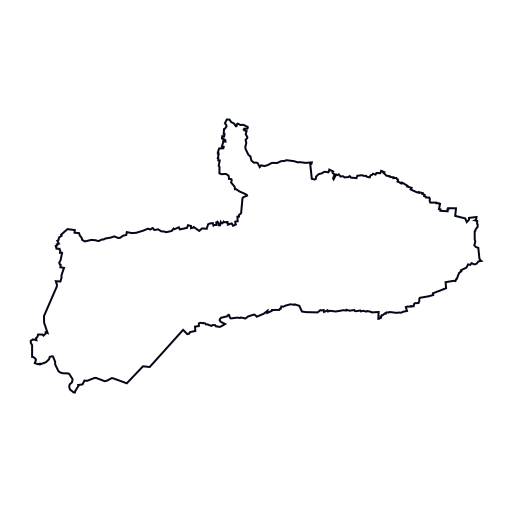 outline of Song Phi Nong, Suphan Buri, Thailand
{"feature_id": "78962969B33377664551397", "entity_name": "Song Phi Nong", "entity_type": "district", "adm_level": 2, "iso_a3": "THA", "parent_name": "Thailand", "parent_adm1": "Suphan Buri", "projection": "orthographic", "projection_center": [99.994, 14.203], "detail": "fine", "context": "isolated", "style": "outline", "palette": "ink", "viewbox_px": 512, "rotation_deg": 0, "n_neighbors": 0, "source": "geoboundaries", "source_scale": "gbopen_adm2", "svg_char_len": 6036}
<svg xmlns="http://www.w3.org/2000/svg" viewBox="0 0 512 512"><path d="M456.7,279.0L459.1,272.9L461.3,271.3L460.9,270.3L466.4,267.6L468.1,264.4L470.2,264.9L471.7,263.1L473.8,264.3L475.0,264.3L476.7,263.6L478.4,261.4L481.3,260.9L480.2,260.0L479.4,258.4L478.3,247.9L475.7,246.9L474.3,245.2L475.3,241.7L474.7,239.1L474.7,231.2L475.4,230.8L475.6,229.4L477.6,226.9L477.7,224.5L477.1,223.8L477.2,220.9L475.0,220.4L476.0,219.9L476.5,217.0L469.0,217.9L469.0,219.7L466.8,222.1L465.2,218.4L455.2,215.9L456.0,208.3L448.2,208.2L448.3,209.4L447.5,209.4L447.6,211.3L440.4,210.8L440.5,209.4L439.0,209.2L440.0,203.8L439.1,203.7L439.0,203.3L436.3,203.2L436.3,202.6L430.3,202.6L429.6,200.7L429.9,198.9L429.2,197.5L426.1,197.5L425.8,196.7L424.2,196.2L424.6,194.8L422.4,194.0L422.7,193.1L419.0,192.2L419.0,192.8L416.7,192.2L410.7,189.5L411.6,187.9L407.2,186.5L407.5,185.8L402.5,182.8L401.8,182.6L401.6,183.5L400.5,183.2L400.4,182.7L397.6,181.6L398.1,180.9L397.9,179.6L397.3,179.5L396.4,178.0L393.4,178.1L393.5,177.3L390.3,177.0L389.5,176.6L389.6,176.2L386.5,175.7L383.4,172.7L384.1,172.1L381.2,170.8L380.3,173.2L376.5,173.0L375.5,174.6L373.1,173.7L372.1,174.8L370.6,175.3L369.7,177.4L366.5,176.6L366.1,175.9L363.8,175.9L361.9,175.2L357.3,175.8L356.5,178.1L350.9,177.6L349.7,176.1L348.4,177.1L344.6,177.4L342.9,176.2L340.4,176.5L338.8,174.3L337.4,175.1L336.1,174.5L333.6,179.3L333.1,178.4L334.5,174.4L332.6,172.9L332.5,171.9L333.0,171.4L329.3,169.6L328.8,171.7L328.2,172.4L326.1,171.8L323.8,172.0L321.9,173.3L318.6,174.2L316.1,176.6L315.8,178.9L314.7,179.5L311.8,178.8L310.2,163.9L311.4,163.9L311.8,162.4L305.9,162.9L299.5,162.1L298.0,162.4L294.2,161.2L286.5,160.2L284.6,160.9L281.0,161.2L277.1,163.0L271.9,162.9L267.7,165.1L264.3,166.1L261.2,165.3L259.8,167.1L257.6,163.1L256.2,162.6L253.9,162.7L251.4,160.6L250.4,156.3L248.5,155.0L245.5,148.8L245.3,146.9L246.3,143.0L245.6,139.9L247.2,138.1L247.4,137.2L245.7,134.2L246.6,131.1L244.3,130.3L243.7,129.4L244.3,128.7L247.2,128.7L247.8,127.8L247.7,126.9L243.3,124.8L240.4,125.0L237.7,123.6L236.9,124.2L236.5,126.2L235.9,126.3L234.0,123.5L231.2,122.1L229.5,119.6L226.8,119.5L224.9,123.3L226.2,124.9L226.5,126.5L224.9,128.7L224.0,129.1L223.7,133.9L224.5,134.0L224.4,135.4L224.2,136.2L222.2,136.2L222.0,138.4L223.6,138.5L223.3,140.2L225.3,140.1L225.5,141.6L223.5,141.4L222.9,143.2L221.9,146.4L223.7,146.8L223.3,148.3L219.1,148.5L217.9,152.5L218.3,152.7L217.9,153.9L218.7,154.3L217.8,158.1L218.3,158.2L218.3,160.4L219.7,160.5L218.7,165.8L219.5,167.0L219.4,173.3L221.4,174.2L225.7,173.9L227.7,175.0L228.7,175.9L229.0,178.9L231.4,179.2L231.7,180.3L231.1,182.5L234.6,186.7L235.0,189.2L235.7,189.0L239.8,191.6L245.5,194.1L246.9,195.0L247.1,195.6L243.2,197.3L242.5,198.2L241.1,213.2L238.9,215.1L239.0,216.6L237.4,216.7L237.7,221.2L235.3,221.6L235.3,223.3L235.8,224.5L233.1,225.8L231.7,223.4L228.1,224.6L228.3,223.7L227.4,223.4L227.5,222.0L224.0,222.3L223.6,221.7L222.4,223.3L221.4,223.0L220.8,222.1L220.1,225.3L219.0,225.3L218.7,223.5L217.4,221.7L216.2,222.5L216.6,224.9L214.3,225.0L213.5,225.6L212.8,223.1L209.8,223.5L208.1,224.3L206.7,228.8L202.1,228.4L199.2,230.9L193.7,227.0L193.3,227.6L191.0,228.2L191.0,226.0L188.0,225.2L187.0,227.9L179.8,229.4L178.9,227.3L174.8,229.0L173.3,229.4L173.2,229.0L171.6,231.0L166.1,232.2L164.4,231.6L161.2,231.3L158.0,229.3L154.8,230.0L153.9,229.7L153.0,228.2L152.4,228.1L150.4,229.5L147.8,228.7L143.4,230.6L136.2,232.8L131.8,233.1L126.8,232.1L126.3,234.9L123.1,235.7L120.1,237.8L118.2,238.0L114.2,236.4L110.8,237.6L105.4,238.5L103.6,239.5L102.2,239.4L98.5,241.1L95.3,240.2L91.3,239.9L84.9,241.4L82.2,239.9L81.8,238.1L79.9,235.6L79.0,233.1L74.5,232.7L74.8,230.1L67.5,229.1L61.1,234.7L61.6,235.8L59.1,237.4L58.5,240.0L57.3,240.8L58.9,243.7L56.8,244.3L57.1,245.5L55.7,246.0L56.5,248.7L58.0,248.6L59.0,249.2L59.6,248.9L60.3,251.0L60.0,252.8L61.4,252.6L62.1,253.0L60.6,260.1L59.2,262.8L59.9,264.5L60.7,264.9L60.4,267.3L64.0,267.9L61.8,274.3L61.4,276.1L61.6,277.5L60.4,281.5L55.8,281.2L57.0,285.0L56.7,286.8L44.0,316.0L44.1,322.7L47.6,333.0L45.7,332.3L45.7,333.5L43.5,335.6L42.5,334.5L38.1,334.5L37.3,337.1L35.9,338.3L36.4,340.2L32.9,339.4L30.7,340.9L30.9,343.1L32.1,345.1L32.1,356.9L33.4,357.1L35.3,358.6L36.0,359.8L34.8,363.2L38.0,364.2L39.9,363.7L40.1,364.4L46.0,362.2L49.1,359.2L49.7,357.0L51.8,356.3L52.9,356.4L55.1,361.6L55.2,364.5L58.4,371.1L60.2,372.5L63.1,373.3L68.1,373.4L69.2,373.9L72.6,379.2L72.0,382.3L69.7,384.4L69.2,386.7L69.9,389.4L73.6,392.4L74.9,392.5L75.3,390.9L78.5,385.8L78.2,385.0L82.5,384.4L84.5,380.5L86.9,380.9L94.7,377.9L96.3,378.0L104.7,381.2L106.9,380.7L111.6,378.2L112.8,378.2L126.8,383.3L143.0,366.3L149.7,367.0L183.1,329.9L187.3,334.1L189.1,333.7L190.0,332.1L195.3,331.0L195.0,326.6L198.8,326.1L198.9,323.5L200.2,322.8L205.0,323.3L206.0,324.4L207.2,324.3L211.4,325.9L212.8,325.0L215.2,325.2L215.9,326.3L219.5,326.9L221.3,326.3L225.1,324.0L220.7,321.8L219.6,320.1L220.0,319.0L221.0,317.8L226.8,316.4L228.5,314.8L229.2,315.2L229.6,317.0L230.5,318.3L231.1,318.4L237.4,317.6L240.0,318.0L240.8,317.5L245.4,318.5L248.2,316.4L253.8,314.6L255.0,314.9L256.8,316.7L263.8,313.7L267.5,310.7L267.3,312.9L271.8,310.9L272.0,310.0L279.3,309.9L279.9,308.8L280.7,308.8L281.3,306.5L283.3,306.7L285.6,305.6L290.4,304.3L294.5,304.8L294.7,304.4L299.3,305.8L301.9,311.5L305.6,312.1L317.6,312.4L320.4,310.1L321.6,310.5L323.6,310.0L324.1,312.0L327.5,310.3L328.0,311.5L330.0,310.8L335.8,311.5L343.4,310.2L346.3,310.5L346.5,309.8L349.6,310.7L354.3,310.0L354.8,311.0L356.0,311.2L360.3,310.5L360.9,311.4L363.0,310.8L366.5,311.6L367.1,311.0L370.8,311.8L371.7,312.4L378.6,312.0L378.3,318.8L379.2,318.7L381.0,317.8L380.7,316.5L381.3,316.4L381.8,315.2L382.6,315.2L384.9,313.4L385.7,313.7L386.0,312.8L386.9,312.3L388.5,312.6L389.5,312.0L397.0,312.9L398.6,312.5L401.1,312.7L403.6,311.6L407.0,311.0L405.8,307.1L407.2,306.6L411.2,306.6L411.2,306.1L413.6,306.3L414.2,303.8L415.0,303.2L418.5,303.0L419.3,301.0L419.3,298.7L419.9,297.8L428.6,296.3L433.2,295.0L432.9,293.3L446.1,288.2L445.6,282.2L453.7,280.8L455.4,281.1L456.3,279.0L456.7,279.0Z" fill="none" stroke="#020617" stroke-width="2"/></svg>